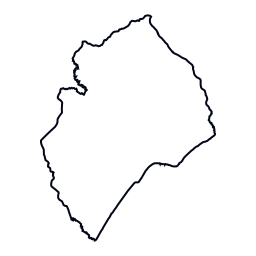 the district of Uato-Lari, Viqueque, East Timor
{"feature_id": "22284137B41938791268987", "entity_name": "Uato-Lari", "entity_type": "district", "adm_level": 2, "iso_a3": "TLS", "parent_name": "East Timor", "parent_adm1": "Viqueque", "projection": "robinson", "projection_center": [126.552, -8.764], "detail": "fine", "context": "isolated", "style": "outline", "palette": "ink", "viewbox_px": 256, "rotation_deg": 0, "n_neighbors": 0, "source": "geoboundaries", "source_scale": "gbopen_adm2", "svg_char_len": 5615}
<svg xmlns="http://www.w3.org/2000/svg" viewBox="0 0 256 256"><path d="M151.1,16.7L150.1,15.8L149.7,15.7L147.9,15.4L146.7,15.5L145.0,16.1L144.1,17.4L142.8,18.7L141.2,19.0L140.3,19.0L139.6,19.4L139.3,20.8L138.9,21.0L137.4,20.4L136.0,21.1L135.2,21.3L132.5,20.8L131.9,20.9L130.3,22.2L129.4,24.3L128.0,26.0L124.1,28.3L122.0,28.9L121.5,28.7L120.5,29.4L119.5,29.4L119.1,29.8L118.5,31.2L117.4,31.4L116.4,31.4L116.0,31.6L114.6,31.7L113.2,32.3L110.7,35.1L110.2,36.6L108.4,37.4L106.2,40.1L105.7,40.2L105.3,39.9L104.9,40.0L104.1,40.4L103.4,42.6L102.7,43.7L102.2,44.8L100.7,45.3L100.2,45.8L98.5,46.2L97.6,45.8L95.7,45.3L94.9,45.6L93.1,45.7L89.7,43.7L88.4,43.8L86.9,42.8L86.3,41.9L85.9,41.6L84.6,41.4L83.5,41.7L82.9,41.6L82.5,42.4L82.6,44.2L81.5,47.0L79.8,48.6L78.4,50.5L76.2,51.7L75.2,52.9L74.9,53.3L74.2,55.7L72.6,58.6L73.2,59.6L72.9,60.9L73.7,61.0L74.0,61.5L74.3,63.7L74.7,63.9L75.1,63.8L75.3,63.6L75.6,63.7L76.1,64.1L76.3,65.6L76.9,65.6L77.4,65.3L77.6,66.7L77.9,66.8L78.0,67.3L77.5,68.3L77.9,68.7L77.5,68.8L76.9,68.6L76.2,68.1L75.7,68.3L75.3,68.7L75.2,69.1L75.4,70.1L74.2,70.4L74.0,70.9L74.2,71.4L74.8,71.9L74.1,72.6L74.7,74.4L74.6,74.9L74.2,76.0L74.7,76.7L75.1,76.8L76.0,76.6L75.7,77.2L74.7,77.5L74.7,78.5L75.4,79.8L76.2,80.0L76.8,79.7L77.1,79.8L76.7,80.7L77.0,81.3L77.6,82.1L78.1,82.2L78.4,82.0L78.6,81.3L79.0,81.1L79.4,81.1L79.3,81.6L78.3,84.0L78.3,84.4L78.6,84.8L79.9,84.7L80.3,85.5L80.9,85.7L81.3,85.6L81.8,84.9L82.5,85.1L82.7,85.3L82.7,85.7L82.3,86.1L82.5,87.1L83.7,87.6L84.0,87.3L84.2,86.6L85.5,87.3L85.8,88.2L85.2,89.1L85.2,89.6L85.7,90.0L86.4,89.7L86.7,89.8L86.7,90.2L85.8,90.9L85.0,92.2L84.0,94.7L83.6,94.7L81.8,93.1L80.8,93.9L79.9,93.5L78.6,92.5L77.3,91.7L76.8,91.3L77.0,90.2L76.3,88.7L75.1,89.0L74.0,88.0L72.8,88.3L72.3,88.3L71.9,87.9L71.2,87.9L70.2,88.6L69.3,88.0L67.3,89.2L66.9,89.2L66.5,88.9L66.1,88.8L65.3,89.2L64.8,89.1L63.2,88.2L62.9,88.6L61.2,88.7L60.8,89.0L60.3,90.4L60.2,92.2L58.6,94.6L58.3,95.5L57.8,97.0L57.8,98.0L58.7,99.1L60.3,100.2L61.2,101.0L62.1,102.5L62.2,103.1L62.0,105.3L61.8,109.3L62.0,112.0L61.9,112.7L59.3,116.2L57.9,118.5L57.5,119.9L57.5,122.1L57.2,123.0L56.7,124.3L55.2,126.7L48.2,133.2L43.5,137.8L41.0,140.5L41.0,142.3L41.4,144.3L43.8,149.7L43.9,154.4L44.6,156.1L45.4,159.5L45.6,160.1L47.9,161.8L48.8,163.2L48.1,164.5L48.3,165.0L48.0,166.1L48.0,166.6L50.0,168.0L50.2,168.3L50.4,170.6L50.5,171.2L50.9,171.6L51.5,171.8L52.3,171.7L53.0,172.0L53.6,172.6L53.0,173.3L53.2,174.3L52.9,175.2L53.4,176.9L53.9,177.5L53.7,178.8L52.0,180.4L51.7,181.0L51.1,184.2L51.4,186.1L52.3,187.1L55.1,189.2L58.5,192.2L58.7,193.1L58.2,195.1L58.1,196.2L58.2,197.8L58.4,198.3L59.1,199.4L59.6,199.9L61.7,201.1L62.2,201.7L63.1,203.7L63.6,205.0L64.7,205.7L65.2,205.9L66.5,206.0L66.9,206.4L68.4,209.8L68.8,211.4L71.1,218.1L71.4,219.5L72.1,219.9L73.1,218.2L73.5,218.4L73.6,218.9L73.2,219.9L73.4,220.3L73.8,220.0L74.0,219.1L74.6,219.0L75.0,219.1L75.7,220.1L75.6,220.4L75.8,220.7L76.6,220.6L79.6,222.5L80.0,223.1L81.1,224.1L80.8,226.2L81.4,226.2L82.0,226.4L82.3,226.9L82.0,227.3L81.5,227.6L81.6,228.1L82.1,228.2L82.1,228.7L82.3,229.1L82.9,229.5L83.0,229.9L82.8,230.5L82.5,230.9L83.0,231.2L83.5,231.3L84.6,232.2L85.4,232.2L85.7,232.4L85.8,232.8L86.1,233.1L86.6,232.6L87.0,233.2L87.1,233.7L87.6,233.9L88.2,234.6L89.1,235.1L89.2,235.6L89.0,236.4L88.8,236.8L89.0,237.6L89.9,238.2L90.6,237.8L91.1,237.9L91.4,238.2L91.7,239.0L92.2,239.2L92.4,238.7L92.8,238.5L93.8,238.9L94.3,239.3L94.6,240.6L94.8,240.6L95.9,239.9L96.5,239.2L101.1,231.0L102.4,229.2L103.3,227.3L108.7,218.3L109.9,216.8L110.3,215.6L111.2,214.3L111.4,213.5L111.9,213.3L112.9,212.2L114.2,210.1L116.0,207.7L118.0,204.6L127.9,190.8L134.3,183.1L135.1,182.5L135.8,182.3L137.9,182.4L138.5,182.1L139.2,181.5L139.8,180.3L141.3,178.3L145.6,170.9L148.3,167.6L149.9,166.1L152.7,164.1L154.5,163.3L157.4,163.2L158.1,163.4L159.5,163.2L159.8,163.3L160.1,164.0L160.2,163.7L160.4,163.6L161.8,163.9L162.1,164.2L163.0,164.1L164.7,164.3L164.8,164.6L164.9,164.4L164.9,164.1L165.2,164.0L166.4,164.4L167.9,164.5L168.4,165.0L170.1,165.2L171.4,165.9L173.3,166.4L174.8,166.5L175.6,166.3L176.3,166.4L176.8,166.2L177.6,165.7L178.6,164.3L179.1,164.0L179.1,163.5L179.6,162.9L180.8,162.3L181.4,161.8L182.5,160.3L183.9,157.9L185.9,155.8L191.0,151.0L193.2,149.3L194.9,147.7L196.0,146.8L197.7,146.2L199.9,144.3L203.3,142.0L205.5,141.6L207.2,140.9L209.7,138.9L210.5,138.6L211.0,137.9L214.5,135.3L215.0,134.3L215.0,133.7L214.7,133.3L214.4,132.5L214.6,131.7L214.6,131.2L214.5,130.8L214.0,130.4L214.4,129.6L214.2,128.9L214.2,128.3L214.1,128.0L213.4,127.6L213.7,127.3L213.9,126.8L213.7,126.6L212.9,126.5L212.9,125.7L212.5,124.9L211.6,124.6L211.7,123.3L211.3,122.9L210.6,123.0L210.0,122.5L209.5,121.0L208.7,120.2L208.9,119.3L209.1,119.1L209.3,118.2L209.4,116.4L210.4,115.7L210.9,114.5L211.1,114.1L211.5,114.0L211.7,113.5L211.4,112.4L211.7,112.0L211.6,111.6L211.0,110.6L210.5,110.4L210.0,109.6L209.4,109.1L209.3,108.3L208.7,107.0L208.0,106.0L206.8,105.1L206.2,103.9L206.1,102.5L206.5,101.0L207.2,99.6L207.2,98.5L206.5,96.2L205.6,94.9L205.7,94.5L205.7,94.0L204.8,90.8L204.1,90.1L201.9,88.7L201.1,87.5L200.9,86.5L200.6,84.2L200.7,80.7L200.4,79.6L200.0,79.1L198.9,78.3L196.9,77.3L196.2,76.7L194.7,75.0L194.1,73.6L193.7,71.1L193.0,69.0L193.0,68.1L193.3,67.2L192.9,66.8L192.6,65.7L192.1,64.8L188.4,61.8L185.9,59.3L182.4,57.8L177.7,54.9L173.6,53.0L173.3,52.6L173.0,52.0L172.6,52.1L168.9,47.5L168.1,46.2L167.5,44.7L167.2,44.2L165.0,42.3L164.6,41.5L162.5,39.2L162.0,38.4L160.0,36.9L159.1,35.9L158.4,34.4L157.9,32.8L157.6,32.4L157.5,32.6L157.1,31.4L156.0,29.7L154.7,28.5L153.5,27.0L152.4,26.2L150.7,24.0L150.3,23.2L149.9,22.1L149.9,19.1L150.2,18.3L151.1,16.7Z" fill="none" stroke="#020617" stroke-width="2"/></svg>